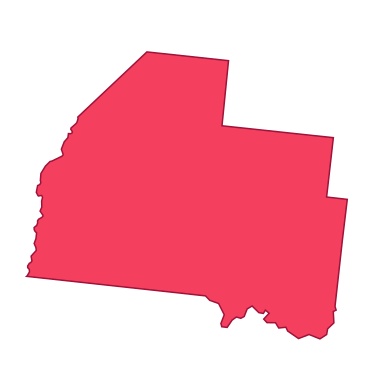 Terrell, Texas, United States of America (Natural Earth projection), rotated 96°
{"feature_id": "52423323B84594382337875", "entity_name": "Terrell", "entity_type": "district", "adm_level": 2, "iso_a3": "USA", "parent_name": "United States of America", "parent_adm1": "Texas", "projection": "natural_earth1", "projection_center": [-101.952, 30.22], "detail": "fine", "context": "isolated", "style": "filled", "palette": "rose", "viewbox_px": 384, "rotation_deg": 96, "n_neighbors": 0, "source": "geoboundaries", "source_scale": "gbopen_adm2", "svg_char_len": 1327}
<svg xmlns="http://www.w3.org/2000/svg" viewBox="0 0 384 384"><g transform="rotate(96 192 192)"><path d="M129.4,313.4L131.0,313.0L135.1,313.8L136.3,314.7L141.0,319.0L142.3,319.1L144.6,317.3L145.7,317.4L146.7,318.7L146.8,321.0L150.9,321.1L155.4,324.3L163.1,326.4L168.0,324.1L168.8,324.2L170.0,325.1L175.9,334.6L176.5,336.4L181.6,340.5L189.4,344.2L196.4,344.0L198.5,343.3L200.6,344.2L201.7,346.2L208.6,346.8L211.8,344.7L212.0,344.1L211.2,341.6L211.8,340.6L213.1,340.1L216.8,340.6L222.7,339.8L226.9,341.1L230.7,337.8L231.9,337.8L233.1,338.9L235.1,341.7L236.8,342.6L238.9,342.3L241.4,342.9L243.8,345.3L245.9,345.0L247.4,344.1L248.9,342.3L254.6,342.3L259.7,343.6L263.6,341.4L266.4,340.8L272.6,345.3L277.4,344.0L279.0,345.0L279.9,346.3L282.7,347.7L284.4,347.5L286.0,345.7L288.5,345.3L292.5,347.1L293.2,347.7L293.9,167.7L297.9,163.0L300.1,153.9L310.7,147.1L319.8,149.5L322.9,148.3L323.0,142.9L315.2,138.7L311.7,134.8L312.5,130.3L310.4,127.1L302.5,124.9L299.1,120.3L305.0,112.9L305.3,108.3L301.8,106.7L304.5,102.6L310.9,107.4L314.1,103.8L313.3,95.3L318.2,91.5L316.7,84.5L320.3,82.3L326.6,70.7L321.5,60.7L324.7,49.4L319.7,43.2L313.9,42.8L307.3,37.2L296.1,39.0L294.4,36.3L290.9,37.8L224.0,37.4L183.1,36.8L182.9,57.6L123.2,57.1L123.0,169.1L57.6,169.4L57.4,251.5L129.4,313.4Z" fill="#f43f5e" stroke="#9f1239" stroke-width="1.5"/></g></svg>